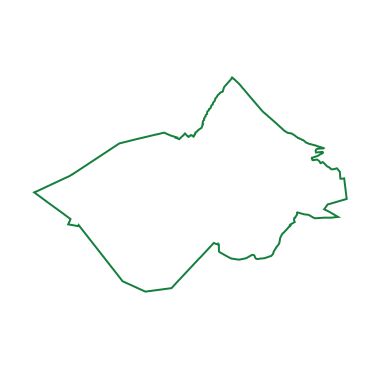 outline of Laarbeek, Noord-Brabant, Netherlands, rotated 337°
{"feature_id": "6326949B42737315583657", "entity_name": "Laarbeek", "entity_type": "district", "adm_level": 2, "iso_a3": "NLD", "parent_name": "Netherlands", "parent_adm1": "Noord-Brabant", "projection": "robinson", "projection_center": [5.634, 51.532], "detail": "fine", "context": "isolated", "style": "outline", "palette": "green", "viewbox_px": 384, "rotation_deg": 337, "n_neighbors": 0, "source": "geoboundaries", "source_scale": "gbopen_adm2", "svg_char_len": 5830}
<svg xmlns="http://www.w3.org/2000/svg" viewBox="0 0 384 384"><g transform="rotate(337 192 192)"><path d="M331.7,258.8L337.4,238.9L335.3,238.4L334.1,237.9L333.8,237.7L335.3,233.2L336.0,231.1L335.5,229.7L335.4,229.2L334.7,227.1L334.6,226.8L334.3,226.7L332.6,226.6L330.7,226.2L329.9,225.9L329.7,225.8L329.3,225.6L329.0,225.4L328.8,224.7L328.6,224.4L328.2,223.4L327.7,222.7L326.4,221.2L326.1,220.6L326.0,220.0L325.8,219.6L325.1,217.9L324.5,216.5L324.0,215.5L321.9,215.8L321.7,215.8L321.6,215.7L321.4,215.3L321.5,214.7L321.3,213.6L320.5,212.1L319.8,211.0L319.5,210.9L316.2,210.1L315.9,209.9L315.6,209.6L315.4,209.6L315.4,208.2L315.5,208.2L315.6,207.6L315.9,207.3L316.2,207.4L316.7,207.5L317.1,207.6L318.4,207.6L318.6,207.7L319.0,207.6L321.2,207.9L323.0,207.8L323.5,207.7L323.8,207.6L324.3,207.5L325.0,207.4L327.0,207.4L327.6,207.2L328.0,206.8L328.0,206.5L327.6,206.0L321.6,204.1L321.7,203.6L321.8,202.7L322.0,202.4L322.7,201.6L322.9,201.4L323.7,201.3L324.4,201.3L324.7,201.4L326.2,201.8L327.6,202.3L329.5,203.1L330.0,203.2L330.3,203.1L329.9,202.7L329.7,202.5L329.6,202.4L329.3,202.2L329.1,202.1L328.9,201.8L328.8,201.7L328.3,201.3L326.1,199.5L325.3,198.8L324.5,198.0L323.4,197.0L322.6,196.5L321.8,195.8L321.3,195.5L321.2,195.4L320.9,195.1L320.7,194.9L319.9,194.4L319.6,194.1L319.1,193.8L318.5,193.3L318.2,193.1L317.7,192.3L317.5,192.1L317.1,191.8L316.7,191.5L316.3,191.1L316.1,190.6L315.6,189.6L314.7,187.8L314.6,187.7L314.0,187.3L313.6,186.8L313.4,186.6L313.0,185.9L312.9,185.8L312.1,185.1L311.9,185.0L311.8,184.8L311.7,184.5L311.5,184.3L311.0,183.9L310.7,183.7L310.2,182.7L310.0,182.3L309.6,181.8L309.4,181.5L309.0,180.7L308.4,179.7L308.2,179.4L308.1,179.2L307.9,178.9L307.5,178.5L307.2,178.1L307.1,177.9L306.9,177.5L306.1,176.7L305.8,176.5L305.4,176.3L304.7,176.0L304.6,175.8L304.4,175.6L303.9,175.4L303.6,175.3L303.3,175.0L302.4,173.8L301.7,172.7L301.4,172.3L301.1,172.1L299.5,168.5L297.5,164.3L296.9,162.8L293.5,155.7L292.8,154.2L291.9,152.5L291.3,151.1L288.9,146.3L288.5,145.4L284.6,133.2L282.1,125.3L279.7,117.4L279.0,115.6L278.5,113.5L278.1,112.3L277.2,109.8L276.5,108.3L274.8,104.4L274.4,104.2L274.0,103.1L274.1,102.9L274.0,102.6L273.6,102.2L272.0,103.4L271.1,103.9L263.9,107.3L262.9,107.8L262.6,108.0L261.9,108.7L259.6,111.5L258.9,111.6L258.0,111.5L257.2,111.6L256.8,111.7L256.3,111.8L256.1,112.0L255.6,112.3L255.4,112.4L254.7,112.5L254.3,112.7L253.8,112.8L253.5,113.0L253.1,113.2L252.9,113.4L252.4,113.9L251.8,114.3L250.1,115.0L249.4,116.0L248.5,117.0L248.3,117.1L247.3,117.5L246.8,117.9L246.1,118.2L245.9,118.4L245.7,118.7L245.5,119.2L245.4,119.4L245.2,119.5L244.9,119.7L243.8,119.9L243.6,120.0L242.8,120.9L242.3,121.5L242.0,121.9L240.9,122.3L240.2,122.3L240.0,122.5L239.7,123.1L239.0,123.5L238.0,123.7L237.7,123.9L237.3,124.2L237.2,124.4L236.7,125.3L236.5,125.9L235.9,126.2L235.1,126.4L234.9,126.5L234.2,127.2L234.1,127.4L234.0,127.8L233.8,127.9L233.7,127.9L233.0,128.1L232.8,128.2L232.3,128.9L232.2,129.0L231.7,129.2L231.6,129.3L231.5,129.5L231.4,130.2L231.3,130.3L231.2,130.5L230.2,130.9L230.0,131.0L229.6,131.4L229.5,131.7L229.2,132.1L228.9,132.3L228.7,132.7L228.7,133.0L228.4,133.4L228.5,133.5L228.7,133.8L228.1,134.4L227.6,134.7L227.0,135.5L225.8,136.7L225.5,136.8L224.6,136.8L223.7,137.1L223.3,137.2L222.8,137.2L222.7,137.2L221.7,137.5L221.1,137.9L220.0,138.3L219.8,138.4L219.2,138.5L218.5,138.5L218.4,138.6L218.4,138.8L218.3,139.0L218.0,139.1L217.6,139.4L217.5,139.7L217.4,140.1L217.2,140.2L217.1,140.3L216.0,140.6L215.9,140.9L215.5,141.2L215.5,141.4L215.3,141.6L215.1,141.7L214.1,140.0L213.8,139.9L213.4,139.4L213.3,139.2L211.1,139.8L210.4,139.9L210.2,139.2L209.9,139.2L209.4,138.0L209.1,137.3L208.4,135.4L206.5,136.3L202.0,137.9L200.9,138.4L199.6,137.0L198.4,135.9L199.2,135.7L195.0,132.2L194.7,132.0L191.4,128.5L189.6,126.5L186.4,125.9L185.4,125.8L182.3,125.3L182.3,125.2L161.8,121.7L144.1,118.9L96.1,127.7L94.4,128.0L88.9,129.0L88.9,128.9L85.3,129.5L80.0,129.6L69.3,130.0L60.6,130.3L55.9,130.5L50.1,130.7L46.6,130.7L55.1,145.1L65.5,162.4L65.5,162.5L69.6,169.4L66.7,172.3L66.7,172.2L65.4,173.4L73.8,178.9L74.7,178.1L89.9,234.6L91.9,242.0L92.2,243.1L93.2,247.0L106.3,261.3L110.2,265.5L135.6,272.5L141.7,269.7L173.3,255.7L173.6,255.7L190.4,248.2L192.2,247.4L193.3,248.6L193.9,249.3L194.2,249.4L194.6,249.8L195.2,250.4L195.4,250.4L195.6,250.2L195.6,250.3L196.2,250.8L193.8,256.7L193.7,257.1L193.7,257.5L193.9,258.2L194.1,258.4L198.2,263.8L201.6,268.0L202.0,268.4L202.5,268.8L207.9,272.1L208.2,272.3L208.7,272.5L209.0,272.7L209.4,272.8L215.3,274.0L215.7,274.1L216.3,274.1L222.2,273.4L222.5,273.4L223.2,273.5L223.7,273.8L224.0,274.0L224.5,274.6L224.6,275.0L224.6,275.5L224.5,276.9L224.5,277.2L224.7,277.7L224.8,278.2L225.0,278.5L225.4,278.8L225.6,279.0L226.0,279.2L226.7,279.5L229.2,280.1L230.2,280.4L231.3,280.8L232.7,281.2L232.9,281.3L233.4,281.3L240.1,281.8L240.2,281.7L242.3,280.7L242.6,280.5L243.2,279.6L243.7,279.1L244.0,278.8L244.6,278.3L248.4,275.6L248.8,275.4L250.7,274.4L251.4,273.9L251.9,273.7L252.1,273.6L252.2,273.4L254.6,269.8L255.0,269.0L255.2,268.8L257.8,266.5L258.9,265.7L259.1,265.6L259.6,265.5L260.8,265.2L261.8,264.6L262.0,264.5L262.3,264.4L263.9,263.8L266.7,262.4L267.7,261.9L267.8,261.9L268.1,262.0L268.3,261.9L268.7,261.8L269.4,261.5L269.8,261.3L269.9,261.1L269.5,260.6L269.4,260.5L269.6,260.4L274.8,259.8L274.9,258.1L275.1,257.5L275.2,257.3L275.3,257.0L275.9,256.0L276.1,255.9L276.9,256.0L277.0,256.0L277.1,255.9L277.3,255.8L277.4,255.6L277.4,255.4L277.6,255.2L277.9,255.0L279.0,254.5L279.8,253.8L280.0,253.5L280.1,253.4L280.5,252.4L280.6,252.1L280.9,252.1L281.1,252.0L286.4,256.3L287.3,256.8L289.6,258.1L290.2,258.5L290.8,259.1L294.1,263.5L294.8,264.1L295.7,264.5L304.2,267.5L309.4,269.7L310.0,270.0L316.7,272.0L315.4,270.3L313.9,268.2L312.9,266.9L311.5,265.0L310.1,263.2L306.9,259.6L312.1,256.4L312.5,256.5L314.5,256.8L331.7,258.8Z" fill="none" stroke="#15803d" stroke-width="2"/></g></svg>